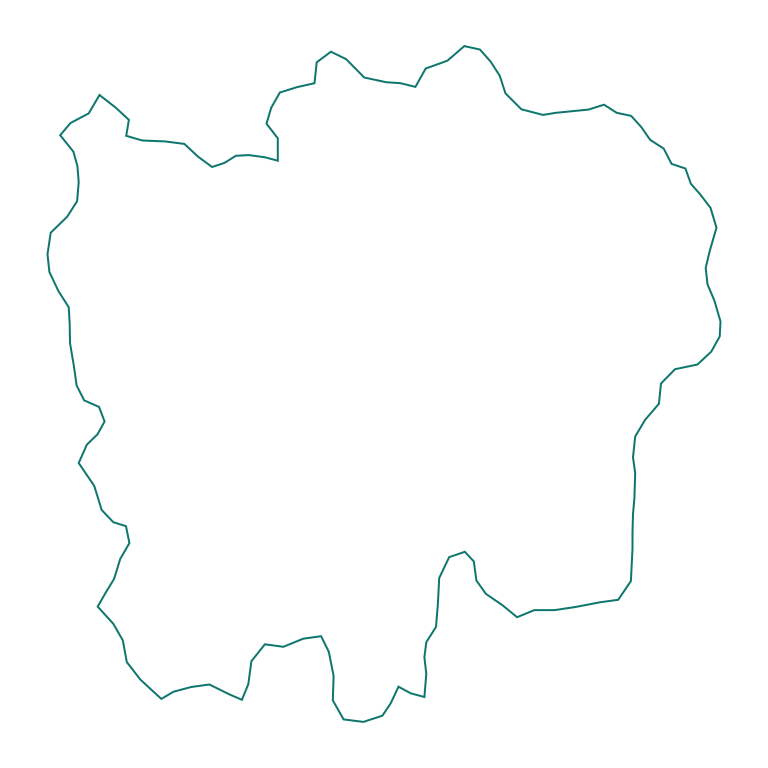 outline of Frei Lagonegro, Minas Gerais, Brazil
{"feature_id": "56859067B57712394060439", "entity_name": "Frei Lagonegro", "entity_type": "district", "adm_level": 2, "iso_a3": "BRA", "parent_name": "Brazil", "parent_adm1": "Minas Gerais", "projection": "natural_earth1", "projection_center": [-42.759, -18.147], "detail": "fine", "context": "isolated", "style": "outline", "palette": "teal", "viewbox_px": 768, "rotation_deg": 0, "n_neighbors": 0, "source": "geoboundaries", "source_scale": "gbopen_adm2", "svg_char_len": 1872}
<svg xmlns="http://www.w3.org/2000/svg" viewBox="0 0 768 768"><path d="M343.6,719.4L363.4,721.9L382.4,715.7L390.6,703.5L398.5,686.7L410.7,693.3L424.4,697.0L426.3,673.9L424.4,657.4L426.3,642.2L436.0,626.9L437.9,603.8L439.2,578.0L449.2,557.1L464.8,551.8L473.8,561.4L476.4,580.5L485.9,593.9L502.3,605.1L517.1,617.2L534.3,610.1L554.6,610.1L576.0,606.9L599.8,602.3L618.2,599.8L630.9,581.1L632.5,548.7L632.5,532.5L633.0,514.1L634.4,498.2L635.2,473.3L633.0,457.4L635.2,436.5L645.2,419.7L658.9,403.8L661.0,383.5L675.0,369.2L697.5,364.5L711.2,351.7L719.7,336.5L720.5,321.5L714.4,300.6L707.5,284.4L705.7,267.9L709.7,251.1L716.5,227.7L710.5,207.8L700.2,194.4L690.9,183.8L685.4,168.5L671.6,163.9L663.7,148.6L650.2,139.9L641.3,127.1L631.2,115.9L616.7,112.8L604.0,104.7L588.4,109.6L572.1,111.2L556.0,112.8L543.0,114.9L521.4,109.3L505.5,93.4L499.7,75.7L490.7,61.7L479.9,49.5L464.3,46.1L447.4,60.7L425.7,68.5L415.4,86.9L400.6,83.2L385.9,82.2L364.2,77.5L346.2,59.2L330.9,51.7L316.7,62.3L314.5,83.2L296.8,87.2L279.9,92.5L271.2,107.8L266.5,123.7L277.8,138.3L277.8,160.7L265.1,157.3L248.8,155.1L235.8,155.8L224.5,162.9L212.1,167.0L198.1,156.7L184.3,143.9L164.8,141.4L142.3,140.5L126.2,135.8L128.9,119.9L115.9,107.8L99.5,95.0L88.7,113.4L70.5,123.0L60.2,135.2L73.4,151.7L77.4,166.0L78.7,182.2L77.1,201.2L67.1,216.8L50.7,232.7L47.5,254.2L49.4,272.0L58.4,291.0L68.7,307.2L69.7,323.7L70.0,343.0L73.9,366.1L76.6,385.4L84.2,400.4L99.0,406.9L104.6,421.5L97.5,434.3L86.9,444.6L78.7,463.0L94.3,486.0L101.7,510.0L113.3,522.2L126.0,526.2L129.4,543.1L120.2,559.0L114.1,578.9L105.9,592.3L97.7,606.6L113.3,623.8L122.8,640.3L126.8,662.1L140.3,679.5L151.4,689.8L161.4,698.9L173.5,691.7L191.2,687.0L209.4,684.5L229.0,694.2L241.9,699.8L248.3,684.2L251.4,661.2L264.9,644.3L283.4,646.8L303.2,638.7L321.1,636.2L328.8,651.8L333.6,675.8L332.8,700.4L343.6,719.4Z" fill="none" stroke="#0f766e" stroke-width="2"/></svg>